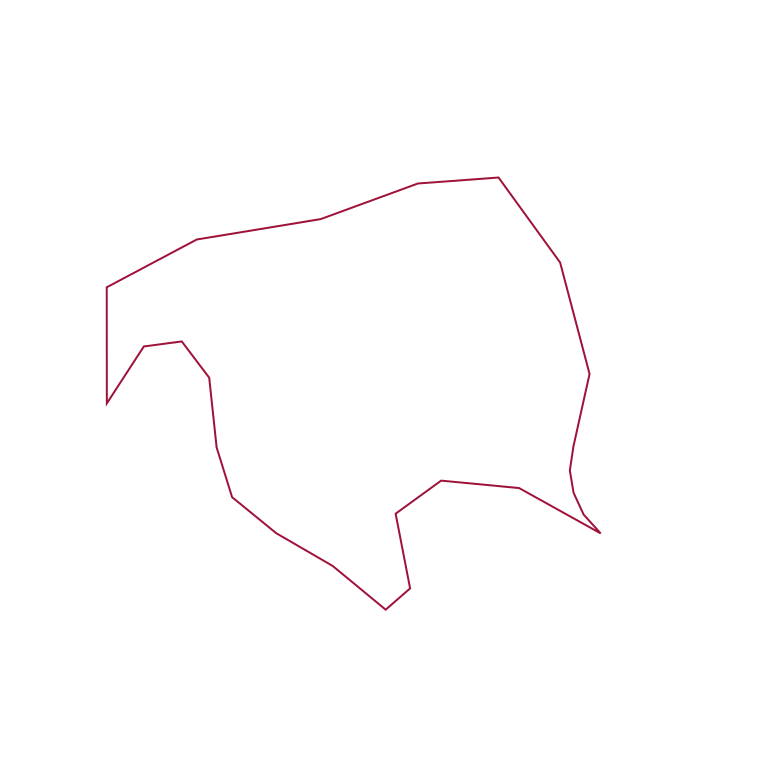 the border of Norfolk Island, rotated 319°
{"feature_id": "NFK", "entity_name": "Norfolk Island", "entity_type": "country or territory", "adm_level": 0, "iso_a3": "NFK", "parent_name": "Oceania", "parent_adm1": "", "projection": "robinson", "projection_center": [167.943, -29.055], "detail": "fine", "context": "isolated", "style": "outline", "palette": "rose", "viewbox_px": 768, "rotation_deg": 319, "n_neighbors": 0, "source": "natural_earth", "source_scale": "50m", "svg_char_len": 478}
<svg xmlns="http://www.w3.org/2000/svg" viewBox="0 0 768 768"><g transform="rotate(319 384 384)"><path d="M337.5,152.1L444.4,218.0L541.1,254.9L605.9,303.3L596.6,407.9L545.7,511.3L486.0,555.4L467.5,571.2L455.7,590.5L449.0,613.5L449.5,638.9L417.7,551.2L363.7,494.4L307.7,489.5L269.6,555.4L237.2,555.4L225.9,487.7L204.8,426.0L195.1,369.8L216.1,322.0L256.2,264.6L259.3,219.2L227.4,198.1L162.1,216.8L238.2,129.1L337.5,152.1Z" fill="none" stroke="#9f1239" stroke-width="2"/></g></svg>